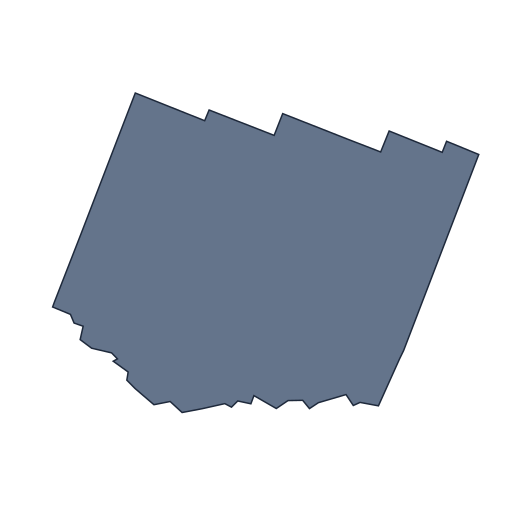 the district of Butler, Missouri, United States of America, rotated 111°
{"feature_id": "52423323B14076853941124", "entity_name": "Butler", "entity_type": "district", "adm_level": 2, "iso_a3": "USA", "parent_name": "United States of America", "parent_adm1": "Missouri", "projection": "natural_earth1", "projection_center": [-90.333, 36.712], "detail": "fine", "context": "isolated", "style": "filled", "palette": "slate", "viewbox_px": 512, "rotation_deg": 111, "n_neighbors": 0, "source": "geoboundaries", "source_scale": "gbopen_adm2", "svg_char_len": 751}
<svg xmlns="http://www.w3.org/2000/svg" viewBox="0 0 512 512"><g transform="rotate(111 256 256)"><path d="M147.1,427.1L196.2,427.2L199.5,427.2L199.8,427.2L299.6,427.3L371.2,427.7L376.5,427.6L377.0,408.3L383.8,401.8L383.5,392.2L397.1,390.2L401.0,376.4L398.2,356.1L401.7,348.5L405.4,351.6L410.1,333.8L418.2,332.1L423.1,321.3L431.4,298.0L422.6,284.0L428.6,268.9L417.7,251.3L405.0,232.2L405.9,224.7L397.9,221.1L395.8,207.8L387.1,207.9L391.1,182.4L379.5,174.3L374.0,160.7L379.3,151.4L370.6,145.2L353.1,122.3L360.7,111.6L355.4,106.4L352.0,88.0L300.5,85.1L291.3,84.3L81.4,84.4L80.6,119.2L92.5,119.3L91.6,176.5L114.2,176.9L114.1,212.6L113.5,282.1L136.9,282.3L136.5,352.1L148.1,352.4L147.1,427.1Z" fill="#64748b" stroke="#1e293b" stroke-width="1.5"/></g></svg>